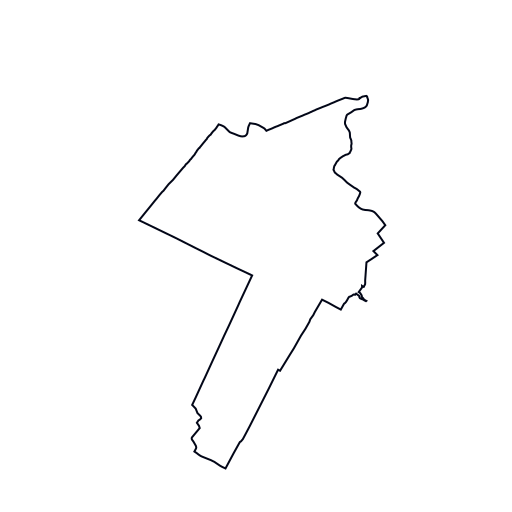 Gostinari, Giurgiu, Romania (Equal Earth projection), rotated 36°
{"feature_id": "2599482B31604747226035", "entity_name": "Gostinari", "entity_type": "district", "adm_level": 2, "iso_a3": "ROU", "parent_name": "Romania", "parent_adm1": "Giurgiu", "projection": "equal_earth", "projection_center": [26.227, 44.159], "detail": "fine", "context": "isolated", "style": "outline", "palette": "ink", "viewbox_px": 512, "rotation_deg": 36, "n_neighbors": 0, "source": "geoboundaries", "source_scale": "gbopen_adm2", "svg_char_len": 6014}
<svg xmlns="http://www.w3.org/2000/svg" viewBox="0 0 512 512"><g transform="rotate(36 256 256)"><path d="M352.8,414.8L353.0,411.9L352.4,407.5L350.9,397.1L344.2,355.3L340.7,335.0L342.9,334.7L341.4,315.6L340.9,308.4L339.2,293.9L338.8,285.9L337.9,277.9L337.1,275.3L337.1,273.0L337.1,270.2L336.5,266.7L335.1,252.5L342.2,251.3L350.6,250.3L356.1,249.5L355.3,243.0L355.3,242.7L355.6,242.0L355.8,240.6L355.7,238.4L355.3,235.3L355.3,234.9L355.4,234.3L355.4,234.2L355.9,233.6L356.6,232.4L357.0,231.6L357.1,231.2L357.4,230.2L357.7,229.7L358.0,229.4L358.3,229.3L358.9,229.2L359.1,227.6L362.8,227.7L363.3,227.9L363.6,228.2L363.7,228.4L363.9,228.6L364.7,229.0L365.0,228.9L365.3,229.0L365.8,228.9L367.2,228.6L367.7,228.4L368.2,228.3L369.9,228.2L370.3,228.1L371.5,227.9L371.6,227.5L370.8,227.6L370.1,227.7L369.4,227.7L369.1,227.8L367.5,227.2L366.8,227.1L366.1,227.0L365.8,226.8L365.3,226.5L364.8,225.9L364.3,225.6L363.1,225.2L362.7,224.9L362.1,224.8L361.5,224.7L360.3,224.8L360.3,222.5L360.3,219.6L360.2,218.9L359.4,217.9L360.8,217.9L361.3,217.7L361.4,217.4L361.1,216.7L361.0,215.4L360.8,214.6L360.4,214.0L359.9,213.2L358.8,211.8L349.1,196.2L353.7,183.9L348.1,183.0L351.8,170.1L341.2,166.2L342.5,155.1L338.9,153.9L337.7,153.5L328.3,151.3L327.1,151.1L326.3,151.0L325.5,151.0L324.8,151.1L323.7,151.3L322.6,151.7L320.8,152.5L319.5,153.2L317.3,154.6L316.2,155.1L314.9,155.7L313.1,156.1L311.4,156.2L310.7,156.2L309.4,156.1L308.1,155.9L307.5,155.8L306.6,155.6L305.9,155.5L305.6,155.4L305.4,155.2L305.2,154.8L305.1,154.3L305.0,153.6L305.0,152.2L304.9,151.3L304.7,150.7L304.5,149.8L304.3,148.6L304.2,147.3L303.7,145.2L303.1,143.5L302.9,143.2L302.5,142.9L302.3,142.8L301.9,142.8L298.3,142.6L296.3,142.8L295.5,143.0L294.7,143.0L290.2,143.1L288.4,143.1L287.2,143.1L286.7,143.1L284.6,142.8L283.6,142.6L281.3,142.3L279.6,142.1L273.8,142.4L272.2,142.2L271.1,142.2L270.8,142.1L270.4,142.0L269.8,141.6L268.0,140.7L267.8,140.0L267.5,139.5L267.3,139.1L267.0,138.5L266.5,137.2L266.5,136.9L266.4,136.4L266.5,136.0L266.4,135.7L266.0,132.4L266.0,131.9L266.3,130.5L266.3,129.9L266.2,129.2L266.2,128.9L266.3,128.4L266.7,126.9L267.5,124.7L267.8,123.9L268.1,123.4L268.5,122.6L269.0,121.5L269.2,121.3L269.5,120.9L270.2,120.1L270.5,119.7L271.0,118.3L271.1,118.0L271.1,117.6L271.5,116.7L271.3,116.9L271.1,116.8L271.0,116.7L271.0,116.3L270.7,114.9L270.5,113.9L270.2,113.3L269.9,112.8L269.0,112.0L268.3,111.0L267.9,110.4L267.5,109.3L267.2,108.8L266.0,107.5L265.3,106.6L264.0,105.7L262.6,104.9L261.3,103.4L260.1,101.9L259.2,100.9L258.2,100.3L257.5,99.9L256.3,99.5L255.6,99.3L255.0,99.1L254.4,98.9L253.5,98.6L250.4,96.8L250.0,96.3L249.3,95.4L249.0,94.8L247.7,91.8L247.5,91.2L247.1,90.1L246.9,89.7L246.8,89.2L246.7,88.5L246.7,88.1L246.8,87.8L246.9,87.5L247.4,86.5L247.6,85.9L248.5,83.9L248.9,82.7L249.3,81.5L249.7,80.3L249.9,79.9L250.7,78.9L251.0,78.5L251.4,78.1L252.5,77.0L253.6,76.1L254.3,75.4L254.8,74.8L255.5,73.9L255.9,73.3L256.4,72.5L256.7,71.9L256.9,71.4L257.1,70.4L257.2,69.4L257.1,68.9L256.6,67.4L256.0,65.7L255.3,64.5L255.2,64.2L255.0,63.9L254.7,63.6L254.1,63.2L253.3,62.6L252.7,62.3L252.4,61.9L252.2,61.7L251.7,61.6L251.2,61.6L250.1,62.7L249.2,63.7L248.5,64.4L247.9,65.6L247.7,66.2L247.5,67.0L247.3,67.2L247.2,67.3L246.9,67.4L246.9,67.5L247.1,67.7L247.2,67.9L247.2,68.2L247.1,68.5L246.8,69.0L245.8,69.9L245.6,70.1L244.5,70.7L243.3,71.4L241.8,72.2L237.8,74.1L235.7,75.2L235.2,75.5L234.6,76.3L233.7,77.8L231.9,80.6L231.0,82.0L229.3,84.8L229.2,85.1L226.9,88.8L226.0,90.5L223.8,94.0L223.2,94.9L222.2,96.4L221.8,97.1L221.5,97.6L220.1,99.8L219.3,101.1L219.4,100.9L218.7,102.0L217.9,103.6L217.0,105.0L216.3,106.3L216.1,106.8L215.7,107.3L214.6,109.4L213.3,111.5L212.3,113.0L211.0,115.3L210.1,116.7L208.8,118.8L207.5,120.9L207.3,121.5L206.5,122.9L205.4,124.8L204.4,126.6L201.8,131.1L201.6,131.4L201.2,131.7L200.9,131.8L200.7,132.0L200.5,132.5L200.4,132.8L200.3,133.0L199.9,133.5L199.7,133.9L199.6,134.1L197.7,137.2L197.5,137.6L197.2,138.1L196.1,139.7L195.8,140.2L195.5,140.6L195.5,140.8L194.8,141.8L194.3,142.9L193.7,143.8L193.3,144.5L192.0,146.5L190.8,148.6L189.6,148.3L187.9,147.9L186.4,148.0L181.2,148.6L178.1,149.5L173.1,152.1L173.7,155.2L174.1,156.5L176.8,161.8L177.0,162.8L177.0,164.1L176.6,165.3L176.2,165.9L174.7,167.3L173.3,168.1L171.1,168.9L166.6,170.0L163.8,170.8L162.0,171.2L161.0,171.1L159.1,170.8L156.7,170.4L155.5,170.2L154.4,170.1L152.8,170.3L150.9,170.7L148.4,171.5L148.4,171.8L148.5,172.2L148.5,172.9L148.5,174.6L148.6,175.3L148.5,178.2L148.4,178.8L148.2,179.4L148.1,180.0L148.0,181.1L147.9,182.5L148.0,182.8L147.9,183.0L147.9,183.5L148.0,184.0L148.0,184.4L148.0,184.6L147.6,185.5L147.5,186.1L147.3,187.8L147.2,189.2L147.3,189.7L147.4,190.0L147.4,190.6L147.2,191.9L147.2,192.9L147.0,195.5L146.8,199.7L146.7,201.0L146.8,201.6L146.7,202.0L146.4,202.4L146.4,204.2L146.3,205.1L146.3,205.7L146.4,205.9L146.5,206.4L146.5,206.6L146.5,206.9L146.5,207.8L146.5,208.2L146.6,208.9L146.7,210.1L146.7,210.6L146.5,212.3L146.4,214.2L146.4,215.5L146.4,215.8L146.2,216.4L146.1,217.0L146.2,218.5L146.1,219.4L145.7,222.1L145.4,222.8L145.4,223.3L145.4,223.8L145.5,224.7L145.5,225.5L145.2,227.2L145.1,228.3L144.4,237.6L144.1,243.2L143.3,248.0L143.1,249.2L142.9,253.8L142.8,257.7L142.5,258.9L142.4,259.4L142.1,263.4L141.9,268.1L141.7,270.6L141.3,278.7L140.8,287.7L140.4,295.8L161.0,292.1L180.6,288.6L202.4,285.1L211.2,283.6L216.5,282.8L220.1,282.2L246.9,277.3L264.3,274.0L269.9,303.0L270.6,306.2L272.5,315.7L272.9,317.7L275.0,328.2L277.1,339.4L277.4,340.8L278.3,345.3L279.9,353.3L282.4,366.0L285.9,383.3L286.4,385.9L286.6,387.2L290.4,406.1L291.9,414.0L296.9,414.9L301.0,417.5L305.0,418.1L306.1,418.5L307.0,419.5L306.8,421.1L306.1,422.9L306.2,425.7L309.7,426.9L311.6,428.3L310.8,440.5L311.0,441.0L311.3,441.5L311.7,441.9L312.2,442.2L314.4,442.9L318.9,444.9L320.0,445.8L320.3,446.2L320.6,446.9L321.1,450.4L323.8,450.3L326.2,450.4L328.7,450.3L330.3,450.0L338.2,448.0L339.3,447.7L341.8,447.3L343.4,447.0L344.4,447.0L347.2,446.9L350.2,446.8L352.6,446.5L356.2,445.8L353.8,428.5L352.7,419.4L352.3,416.0L352.8,414.8Z" fill="none" stroke="#020617" stroke-width="2"/></g></svg>